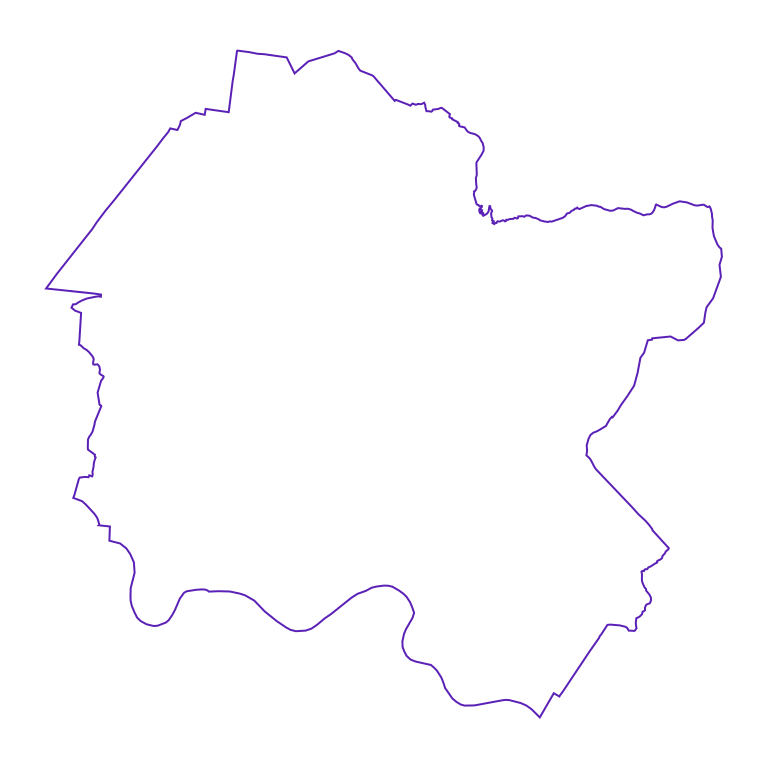 the district of Seini, Satu Mare, Romania
{"feature_id": "2599482B17607964095904", "entity_name": "Seini", "entity_type": "district", "adm_level": 2, "iso_a3": "ROU", "parent_name": "Romania", "parent_adm1": "Satu Mare", "projection": "mercator", "projection_center": [23.303, 47.754], "detail": "fine", "context": "isolated", "style": "outline", "palette": "violet", "viewbox_px": 768, "rotation_deg": 0, "n_neighbors": 0, "source": "geoboundaries", "source_scale": "gbopen_adm2", "svg_char_len": 6033}
<svg xmlns="http://www.w3.org/2000/svg" viewBox="0 0 768 768"><path d="M539.8,717.4L553.8,693.2L559.4,696.5L559.9,695.5L562.4,692.2L589.8,651.1L599.0,638.0L599.7,636.3L601.2,634.5L607.4,624.9L610.4,624.6L619.9,625.4L625.5,626.8L627.0,627.8L628.8,630.6L634.5,630.9L635.3,630.1L636.5,628.2L635.9,624.7L635.8,622.4L636.3,618.3L639.5,616.7L641.7,614.6L642.2,613.6L642.6,611.7L644.0,611.1L645.0,610.2L645.0,607.4L646.1,605.0L646.9,604.4L649.9,603.2L651.0,600.4L650.9,597.5L649.3,594.4L646.2,590.7L646.0,588.9L644.6,587.5L642.4,582.5L641.9,580.3L642.0,574.2L641.5,571.9L641.6,571.4L643.1,570.8L643.9,571.1L644.3,570.1L645.3,569.2L647.1,569.2L648.5,567.3L650.6,566.5L655.0,563.6L657.1,562.6L657.3,562.0L657.0,561.3L658.5,560.2L659.3,560.1L661.8,558.4L662.2,557.7L662.4,556.1L664.8,553.5L665.9,551.3L668.2,549.5L668.8,548.2L652.4,530.2L652.3,529.2L649.1,524.9L645.9,521.2L638.2,514.0L632.0,507.1L596.0,469.3L594.5,467.1L590.7,459.8L589.5,458.2L586.4,455.3L587.1,450.7L586.7,445.4L588.5,438.9L590.4,435.1L593.1,432.8L597.4,431.1L605.9,426.0L609.9,419.0L611.9,416.9L612.6,417.4L617.6,410.7L621.2,404.7L627.3,396.2L634.1,385.7L637.6,372.8L640.4,357.8L644.1,352.7L647.8,340.3L652.1,339.6L652.3,338.3L670.6,336.5L678.1,340.4L684.1,339.9L686.1,338.7L698.6,327.8L703.9,322.7L705.4,312.4L706.6,307.2L713.1,298.3L720.9,276.8L719.5,264.9L721.9,256.8L721.2,248.7L719.5,247.4L717.4,244.4L713.9,236.1L712.5,228.0L712.7,220.2L712.0,216.2L712.0,214.0L710.8,209.0L709.7,206.6L709.3,206.4L708.0,207.0L707.2,206.9L704.2,204.9L702.8,204.7L697.5,205.6L694.6,205.3L686.9,202.4L679.6,201.3L672.9,203.7L666.7,206.7L664.3,207.3L661.8,207.1L656.2,204.5L655.7,205.1L655.1,207.5L654.1,210.0L652.6,212.4L651.4,213.6L649.6,214.3L647.0,214.4L643.5,215.3L639.6,213.4L637.6,213.0L632.9,210.8L631.2,209.7L627.6,208.7L625.1,208.9L618.0,208.1L613.2,210.5L610.3,210.8L604.1,209.1L600.5,206.9L598.3,206.5L596.8,205.7L591.4,205.1L586.3,206.0L579.6,209.0L578.3,208.7L577.2,207.6L575.8,208.7L574.7,208.7L574.1,209.7L571.3,211.0L569.7,212.8L567.0,213.5L565.1,216.2L562.6,217.9L551.7,221.6L549.8,221.4L547.8,222.0L544.1,221.4L540.0,220.3L538.9,219.4L535.3,217.9L533.1,217.7L529.5,215.7L526.2,215.4L524.2,216.8L522.7,216.2L518.3,216.4L517.8,218.2L517.4,218.5L514.6,217.8L513.4,218.8L509.4,219.1L507.8,219.9L506.4,219.7L506.1,220.0L505.9,221.0L505.1,221.4L503.6,220.4L502.6,220.3L499.7,221.6L497.6,221.3L496.9,221.9L496.6,222.9L495.1,223.1L494.3,224.1L492.5,223.0L493.8,221.3L492.1,220.5L492.4,218.6L491.5,217.2L491.1,213.5L492.1,210.9L491.7,210.1L490.4,208.6L490.2,206.2L489.8,206.0L489.4,206.2L488.6,211.3L487.3,213.3L486.3,214.2L483.2,215.8L482.6,214.9L483.3,214.2L483.2,213.0L482.8,212.8L482.2,213.9L481.6,213.4L482.1,210.3L481.8,210.2L481.4,210.8L481.0,212.8L480.6,213.3L480.0,213.0L479.2,210.7L479.4,209.1L479.7,208.8L480.2,209.1L481.7,207.1L482.0,206.2L481.4,205.7L480.2,206.4L479.4,206.3L478.6,205.1L477.2,204.7L476.6,204.1L473.9,195.0L473.9,193.7L474.2,192.5L474.0,191.4L475.2,190.8L476.2,189.2L476.7,187.7L476.2,184.0L475.9,178.1L476.8,174.9L476.4,163.8L476.5,162.4L481.2,155.2L483.4,151.1L483.6,150.4L483.7,147.3L482.6,142.9L481.6,141.6L479.5,137.5L477.9,135.9L474.8,134.1L470.4,133.0L468.1,131.9L466.9,130.7L464.6,127.4L459.3,126.2L459.0,125.4L459.3,124.3L458.9,123.6L457.8,122.9L458.1,122.5L457.9,122.1L452.2,119.3L452.1,119.1L452.3,118.6L452.0,118.3L449.7,117.5L449.3,116.7L449.9,114.1L442.5,108.4L441.6,107.8L440.8,107.9L438.0,109.0L433.1,109.6L432.7,109.9L432.3,111.0L431.3,111.7L428.7,111.2L426.5,111.2L425.4,107.2L425.2,104.8L424.1,102.7L421.9,103.9L420.6,104.2L417.8,103.9L416.9,104.5L415.7,104.7L412.5,103.6L410.3,105.7L408.2,104.6L395.9,99.9L395.4,100.0L394.7,100.9L373.7,76.5L372.5,75.5L360.2,70.6L358.6,68.6L355.6,63.3L352.4,59.2L351.8,57.6L350.3,56.3L348.5,54.9L344.8,53.1L338.4,50.9L334.4,53.4L308.3,61.4L294.6,73.4L286.7,57.4L264.2,54.2L257.7,53.8L249.0,52.1L237.4,50.6L237.0,51.0L233.8,74.6L232.7,80.9L228.7,112.2L205.7,108.9L204.7,114.8L195.6,112.8L187.0,117.9L180.8,121.1L179.9,125.1L177.4,130.0L170.2,128.4L168.2,132.1L163.0,138.4L157.7,145.5L114.4,199.9L105.4,210.8L96.8,222.2L92.3,229.0L57.0,273.7L46.1,288.5L94.5,293.6L101.0,294.6L100.9,296.7L98.7,296.4L96.2,296.6L87.3,298.4L82.1,300.4L78.2,302.5L76.2,303.9L74.6,304.4L73.1,304.3L71.5,307.7L75.0,310.6L81.1,312.9L79.3,342.0L78.9,344.7L80.5,345.2L83.9,348.4L86.6,349.9L89.2,352.3L91.7,355.3L93.2,357.5L93.7,359.3L93.1,362.5L93.2,364.2L94.3,364.7L97.3,364.3L98.3,365.0L99.4,366.8L100.0,369.7L99.5,372.2L99.5,373.5L100.9,374.7L103.2,376.0L103.6,376.4L103.6,377.1L102.9,378.4L101.1,380.7L97.6,392.6L99.5,404.5L99.9,405.0L101.1,405.6L101.3,406.1L95.2,421.0L94.7,422.8L94.6,424.2L92.6,431.4L90.8,434.7L89.3,436.6L88.0,439.5L87.8,448.2L88.0,449.6L95.0,454.8L94.7,455.9L95.2,457.4L95.6,457.5L94.4,460.9L93.9,463.3L93.4,467.7L92.4,472.1L92.7,473.7L92.6,475.3L92.1,476.4L89.3,475.3L88.5,477.2L84.9,476.9L79.7,477.6L78.8,479.2L74.4,495.0L73.3,497.9L82.1,501.2L86.0,504.7L94.3,513.7L96.2,516.3L97.4,518.4L98.1,520.4L99.4,524.9L98.9,525.3L109.9,526.5L109.4,540.7L120.2,543.5L126.5,548.6L130.3,554.2L133.9,562.3L134.6,572.8L130.7,588.1L130.5,595.3L130.6,600.5L131.8,605.9L134.5,612.4L137.1,617.6L140.7,621.1L146.6,624.3L153.7,626.0L157.7,625.7L166.0,622.5L168.7,620.2L172.2,615.1L174.9,610.1L179.8,598.7L184.0,592.8L186.6,591.3L196.0,589.8L202.1,589.4L205.3,589.6L207.4,590.4L208.9,591.6L218.8,591.2L229.9,591.5L239.8,593.6L245.1,595.3L254.3,600.6L264.8,611.5L277.0,621.3L286.2,627.5L290.6,629.9L295.9,631.2L305.7,630.6L311.5,628.6L317.7,624.3L324.7,618.4L331.1,614.0L351.5,597.7L357.6,593.8L365.8,590.9L371.7,587.7L376.8,586.5L383.9,585.6L388.0,585.7L392.2,586.6L398.8,590.4L403.5,593.8L406.7,597.0L410.0,602.1L412.3,607.5L414.1,612.9L412.5,617.9L406.1,629.0L404.1,633.7L402.4,641.2L402.6,646.9L404.2,651.3L406.6,655.9L410.6,659.6L415.8,661.6L431.0,665.0L434.0,667.6L436.9,670.6L441.3,677.5L443.2,682.1L445.1,688.0L452.3,698.4L456.3,701.8L460.7,704.5L464.6,705.6L474.6,705.4L502.8,700.2L505.7,699.9L509.3,700.1L520.6,703.0L526.5,705.6L531.5,709.2L539.8,717.4Z" fill="none" stroke="#5b21b6" stroke-width="2"/></svg>